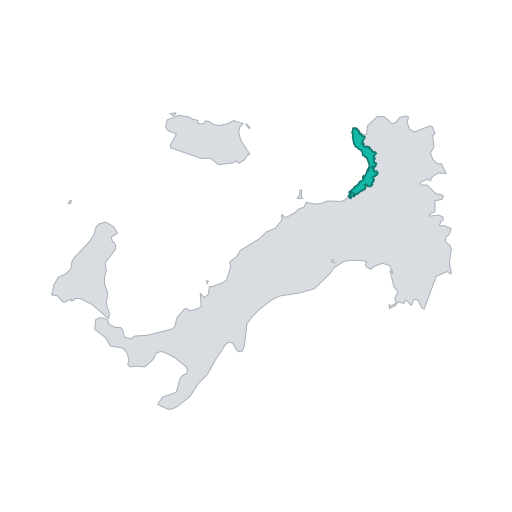 Liguria, La Spezia, Italy shown in context, rotated 102°
{"feature_id": "23120603B90496191820000", "entity_name": "Liguria", "entity_type": "district", "adm_level": 2, "iso_a3": "ITA", "parent_name": "Italy", "parent_adm1": "La Spezia", "projection": "orthographic", "projection_center": [8.819, 44.226], "detail": "fine", "context": "in_parent", "style": "filled", "palette": "teal", "viewbox_px": 512, "rotation_deg": 102, "n_neighbors": 0, "source": "geoboundaries", "source_scale": "gbopen_adm2", "svg_char_len": 9359}
<svg xmlns="http://www.w3.org/2000/svg" viewBox="0 0 512 512"><g transform="rotate(102 256 256)"><path d="M98.9,106.3L101.7,108.1L112.6,104.6L119.1,106.8L124.5,103.3L128.0,97.9L127.3,93.7L135.9,87.2L136.8,94.7L141.5,99.9L146.2,101.1L145.1,104.2L149.7,110.5L151.6,109.9L152.2,108.7L151.0,103.5L157.5,93.2L157.7,86.1L158.8,85.3L162.0,85.8L164.7,92.4L175.4,90.2L179.2,95.2L180.8,94.2L177.9,85.6L179.1,81.1L181.9,80.3L183.9,82.4L188.1,82.9L188.2,80.3L187.1,78.6L188.4,71.0L194.5,71.5L198.2,74.1L202.4,74.0L205.9,67.9L208.7,66.3L222.4,65.5L232.3,61.4L233.2,62.2L231.5,65.2L232.2,67.0L238.6,75.5L272.9,80.6L272.5,82.8L265.6,88.7L265.2,90.9L266.4,92.7L272.0,93.7L268.5,99.1L268.6,101.1L271.6,101.2L271.5,107.5L275.3,109.2L279.6,114.5L275.6,115.8L277.2,114.2L272.8,109.0L268.6,111.5L261.7,109.6L257.3,114.9L241.9,122.0L244.5,119.0L243.3,119.0L237.7,123.1L236.8,130.8L241.5,138.3L245.1,140.8L243.8,145.5L241.7,147.4L238.8,146.2L238.2,150.4L240.2,161.4L243.0,169.0L251.4,177.3L257.3,179.8L275.9,192.1L283.4,206.4L290.2,224.6L295.4,231.2L306.0,240.4L315.5,246.9L324.3,250.8L346.5,248.7L352.2,249.9L353.2,252.9L352.3,255.1L346.1,260.8L346.0,265.0L349.4,267.6L365.2,273.8L381.4,278.7L392.6,285.9L407.0,291.4L418.7,300.8L423.0,306.0L424.2,310.3L422.4,318.1L421.3,321.3L413.3,317.9L405.9,305.7L392.3,304.9L388.1,303.1L385.5,299.4L381.3,299.5L378.5,301.8L372.2,314.6L369.2,325.4L369.3,329.6L371.8,333.5L378.6,335.1L387.6,341.7L388.7,350.8L390.7,355.9L388.7,359.0L384.4,358.7L378.8,361.2L375.1,364.9L373.7,368.3L374.3,379.7L367.0,386.4L361.3,398.5L351.5,399.5L348.9,396.1L348.4,390.9L349.8,387.5L353.3,385.6L355.2,378.7L354.1,373.8L355.3,371.5L363.0,367.6L362.8,360.7L359.5,357.9L356.1,345.7L344.7,322.7L341.4,320.6L333.0,320.6L322.7,315.0L321.9,312.4L323.4,309.7L322.0,306.3L318.5,300.5L316.3,299.2L304.3,302.7L307.5,297.6L302.9,294.7L295.4,295.2L295.4,293.0L289.5,283.6L285.6,279.8L271.8,278.6L267.4,280.5L260.3,274.7L254.0,272.7L237.7,255.6L229.9,250.5L224.9,242.9L215.3,238.1L211.0,239.5L209.9,238.5L212.1,237.0L211.6,234.0L205.0,226.5L201.2,224.1L198.4,219.2L193.1,218.1L193.0,209.2L190.9,202.9L187.3,197.6L185.1,184.9L183.4,181.3L179.6,178.6L170.9,175.7L158.9,167.5L144.7,163.7L139.0,166.5L124.0,184.2L110.0,188.1L109.8,184.4L115.2,176.3L114.2,173.2L105.5,174.0L94.3,166.3L93.0,159.7L96.3,153.5L98.2,152.0L97.3,147.8L90.5,144.1L87.9,138.5L87.8,136.6L89.5,135.6L93.5,136.1L99.9,132.3L101.8,127.0L92.7,113.2L93.1,110.4L98.9,106.3ZM245.9,181.1L246.3,177.8L243.5,180.0L244.3,181.5L245.9,181.1ZM347.9,387.4L337.4,406.5L334.2,419.0L335.0,423.6L338.6,426.7L337.0,428.1L341.1,433.6L341.1,435.2L336.2,442.1L336.5,447.8L326.3,447.7L317.8,445.0L313.4,438.7L310.0,436.2L306.4,434.3L299.3,434.9L296.0,433.7L276.5,421.9L269.0,418.9L260.5,418.4L257.0,415.8L254.1,410.2L257.0,401.3L262.4,396.2L267.6,401.5L271.9,399.5L272.0,397.7L275.0,395.3L278.9,395.0L294.0,402.1L301.6,399.4L308.7,399.8L315.1,398.3L323.2,393.1L333.0,392.9L343.8,386.9L347.9,387.4ZM169.4,297.2L174.5,311.6L169.9,320.4L171.9,329.8L168.0,361.9L165.7,362.9L153.1,359.2L152.2,366.6L150.5,369.6L148.0,371.5L141.2,371.0L134.4,360.5L133.9,350.1L135.3,347.0L135.5,341.1L138.1,340.7L138.3,336.6L136.8,334.4L134.3,333.7L134.3,329.2L136.1,325.7L136.2,319.6L132.8,311.7L128.2,306.0L129.2,296.1L133.2,298.7L139.1,298.5L146.2,294.8L157.8,283.2L159.4,285.3L164.3,287.2L168.9,292.1L167.2,295.4L169.4,297.2ZM189.8,222.3L190.9,224.6L190.6,227.8L188.3,226.0L182.6,226.8L182.0,225.2L188.9,223.7L189.8,222.3ZM136.2,365.7L134.5,369.4L132.7,364.5L132.9,363.9L136.2,365.7ZM132.7,289.0L130.0,293.1L128.7,292.9L132.0,288.3L132.7,289.0ZM244.0,450.6L240.6,449.8L240.4,448.0L243.1,448.2L244.0,450.6ZM293.2,298.1L290.6,299.4L290.6,297.4L293.2,298.1Z" fill="#d9dde1" stroke="#a8b0b8" stroke-width="1"/><path d="M116.2,177.1L115.9,177.5L115.8,177.9L114.8,178.3L115.0,179.5L114.8,179.9L114.6,180.0L114.5,180.4L114.2,180.4L113.3,181.1L113.1,181.0L112.2,181.3L112.2,182.0L111.8,182.5L112.0,182.7L111.9,183.2L110.8,183.8L110.6,183.6L110.2,184.2L110.2,185.0L110.5,185.3L110.7,186.8L111.0,187.5L111.7,187.7L111.9,187.3L112.5,187.2L114.9,187.9L115.7,187.0L116.7,187.1L117.1,186.7L118.5,186.1L119.3,186.4L119.8,185.9L120.9,185.6L121.2,185.7L121.5,185.7L121.4,185.7L121.6,185.4L122.8,185.1L123.1,184.8L124.5,184.2L124.4,184.1L124.6,184.1L124.7,183.8L125.9,183.6L126.1,183.4L126.0,183.2L126.4,182.7L127.4,182.3L127.7,181.6L128.6,181.3L128.3,180.5L128.4,179.8L128.8,179.1L129.2,178.9L129.2,178.7L129.4,178.4L130.1,177.9L130.2,176.2L130.7,175.1L131.3,174.6L131.3,174.4L131.2,174.6L131.3,174.3L132.0,173.8L133.1,173.4L134.0,172.9L135.0,172.7L135.5,172.2L135.3,172.0L135.3,171.2L135.6,170.8L136.0,170.6L136.4,169.8L136.4,169.7L136.3,169.8L135.9,169.4L136.2,168.7L136.6,168.6L137.2,168.2L137.7,167.7L137.1,167.9L137.6,167.3L138.7,166.9L139.4,166.4L139.4,166.2L139.5,166.1L140.7,165.7L141.4,165.0L142.4,164.7L142.8,164.2L144.2,163.5L145.0,163.6L145.0,163.8L145.6,163.8L145.6,163.7L145.1,163.5L146.3,163.6L146.4,163.8L146.4,163.6L146.6,163.6L146.9,163.7L146.8,163.8L147.1,163.8L146.3,163.9L147.6,164.3L147.7,164.2L147.8,164.3L147.8,164.2L148.8,164.6L148.9,164.3L148.6,164.1L149.0,164.0L148.9,164.2L149.1,164.3L149.1,164.5L149.0,164.4L149.0,164.5L149.3,164.7L150.6,164.8L151.2,165.1L152.6,165.2L154.9,165.9L155.3,166.5L155.2,167.1L155.0,167.4L157.0,168.3L156.7,168.1L156.9,168.0L156.7,167.9L156.8,167.9L156.8,167.6L156.9,167.4L157.0,167.1L156.8,167.1L157.2,166.9L157.1,166.7L157.3,166.7L157.4,166.4L161.3,168.6L161.7,169.1L161.5,169.4L161.8,169.4L162.0,170.0L162.4,169.7L162.8,170.0L163.1,170.5L163.9,170.7L164.1,170.4L164.3,170.5L164.7,171.1L165.4,171.7L166.0,171.8L166.5,172.3L166.5,172.6L166.8,172.6L166.9,172.9L167.5,173.1L167.5,173.5L168.3,174.4L168.6,174.0L169.2,174.1L170.2,174.7L170.2,175.0L170.8,175.2L171.2,176.0L171.6,176.0L172.1,176.6L173.3,177.1L173.7,177.6L173.9,177.3L174.2,177.2L174.2,176.9L173.8,177.0L174.0,176.6L173.6,176.6L173.7,176.4L173.4,176.3L173.7,176.2L173.4,176.2L173.5,176.0L173.1,175.6L173.4,175.9L173.5,175.7L173.7,175.9L173.7,176.0L173.7,175.9L173.5,175.6L173.8,175.3L173.8,175.5L173.9,175.3L174.0,175.5L174.2,175.3L174.4,175.6L174.5,175.8L174.4,175.8L175.0,176.1L175.0,176.4L175.7,176.3L175.7,176.9L175.9,176.7L175.9,176.9L176.1,176.9L177.1,177.8L177.6,178.1L178.1,177.5L178.8,177.7L179.1,176.9L179.9,176.3L180.2,175.8L179.5,175.0L178.8,174.9L178.3,175.2L178.0,175.9L177.8,175.7L178.1,175.4L178.1,174.9L177.5,174.2L177.5,173.1L175.3,173.1L176.1,172.2L176.4,172.0L175.9,171.9L175.7,171.5L175.2,171.6L174.7,172.1L174.5,172.6L174.3,172.1L174.8,171.0L174.3,170.6L174.4,169.9L174.1,169.2L173.1,168.6L172.9,168.8L171.8,168.0L171.4,167.3L170.7,167.0L170.5,166.1L170.1,165.6L169.3,165.7L168.7,163.9L168.2,163.9L167.6,163.4L167.4,163.0L167.2,163.0L166.8,163.4L166.6,163.1L166.1,162.9L165.9,163.3L164.4,163.5L164.1,163.8L164.0,164.1L163.8,163.5L162.9,163.7L162.9,163.3L163.1,163.0L163.4,162.8L163.5,162.2L163.8,161.9L163.7,161.3L164.5,161.3L164.4,160.6L164.6,159.5L164.2,158.9L164.3,158.5L164.1,158.3L163.6,158.2L163.3,158.4L163.2,157.9L162.9,158.1L162.4,157.8L162.3,157.7L162.4,157.2L162.0,156.9L161.9,157.2L161.5,157.3L161.3,157.8L160.8,157.5L160.3,157.7L159.5,157.0L159.4,157.0L159.1,156.6L158.8,156.6L158.6,157.1L157.7,156.9L158.0,156.5L157.6,156.2L156.6,156.4L156.5,157.1L156.0,157.2L155.2,157.9L154.8,157.9L154.0,157.6L153.8,157.2L153.8,156.6L153.4,156.4L153.1,155.9L152.2,156.4L152.3,155.9L152.1,155.4L151.9,155.3L151.9,155.1L151.7,155.0L151.4,154.4L150.3,154.6L150.0,154.1L149.3,154.1L148.9,154.2L149.0,154.5L148.6,155.2L147.9,155.5L148.6,156.5L148.4,156.6L148.6,157.0L148.7,157.4L148.7,157.7L148.9,158.1L148.8,158.4L148.1,158.8L147.5,158.2L147.1,158.5L146.4,158.4L146.3,158.8L146.4,159.1L145.6,159.6L145.5,159.8L145.7,160.7L145.3,160.8L145.4,161.2L144.8,161.0L145.0,160.6L144.8,159.8L144.6,159.6L144.3,159.7L144.5,159.3L144.3,159.2L144.3,158.8L144.0,158.8L143.9,158.1L143.5,157.7L142.7,157.6L142.5,157.9L142.1,157.6L141.6,157.6L141.4,157.7L140.9,157.4L140.9,157.8L140.5,157.8L140.8,157.9L140.7,158.1L140.3,158.1L140.4,158.3L140.2,158.6L140.6,159.1L140.0,159.5L139.9,159.8L139.6,159.8L139.6,160.4L139.2,160.6L138.5,160.2L137.8,160.4L137.0,160.3L136.8,159.9L136.3,160.3L136.2,160.8L136.0,160.5L135.6,160.6L135.4,160.2L135.0,160.4L134.9,160.9L134.6,161.2L134.7,161.6L134.2,161.7L133.8,162.0L133.5,161.2L132.8,161.1L132.3,160.5L131.4,160.4L130.9,159.6L130.2,160.1L129.9,160.8L130.1,161.2L129.7,161.5L129.4,161.5L129.4,162.0L129.8,162.3L129.7,162.6L130.1,163.3L129.7,163.8L129.7,164.2L129.1,164.6L128.8,164.4L128.4,165.0L128.1,165.0L128.1,165.4L127.9,165.5L128.1,166.1L128.0,166.5L127.6,167.0L126.9,167.0L127.0,167.6L126.8,168.2L126.1,167.7L125.6,168.1L125.8,168.6L126.1,168.7L126.5,169.1L126.2,169.6L125.7,170.0L126.2,170.5L125.8,171.3L126.0,171.5L126.6,172.1L126.5,172.4L126.6,172.8L126.0,173.5L125.9,174.0L125.2,174.1L124.8,173.7L124.2,173.6L123.4,174.3L124.3,174.9L124.0,175.1L124.4,175.3L124.3,175.6L123.2,175.2L122.8,175.6L122.3,175.7L122.0,175.3L120.8,175.5L120.7,175.2L120.3,175.0L119.1,174.8L117.5,174.1L116.5,174.6L116.2,175.4L116.4,175.5L116.7,176.3L117.4,176.2L116.8,176.5L116.6,177.1L116.2,177.1ZM174.3,177.5L174.1,177.7L173.7,177.7L174.1,178.2L174.3,177.5ZM148.8,164.6L147.7,164.4L148.8,164.6L149.2,164.8L149.5,164.9L148.8,164.6ZM147.6,164.4L146.1,164.0L147.6,164.4L147.8,164.5L147.6,164.4ZM145.5,164.0L146.0,163.7L145.9,163.7L145.5,164.0L144.9,163.9L145.5,164.0Z" fill="#14b8a6" stroke="#0f766e" stroke-width="1.5"/></g></svg>